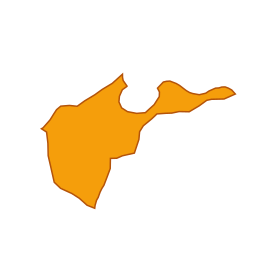 Ryonggang, P'yŏngan-namdo, North Korea (Robinson projection), rotated 302°
{"feature_id": "82179303B96536489392823", "entity_name": "Ryonggang", "entity_type": "district", "adm_level": 2, "iso_a3": "PRK", "parent_name": "North Korea", "parent_adm1": "P'yŏngan-namdo", "projection": "robinson", "projection_center": [125.476, 38.813], "detail": "fine", "context": "isolated", "style": "filled", "palette": "amber", "viewbox_px": 256, "rotation_deg": 302, "n_neighbors": 0, "source": "geoboundaries", "source_scale": "gbopen_adm2", "svg_char_len": 1148}
<svg xmlns="http://www.w3.org/2000/svg" viewBox="0 0 256 256"><g transform="rotate(302 128 128)"><path d="M206.6,180.0L202.3,177.1L198.7,175.5L194.0,170.8L191.5,164.6L190.7,161.4L190.6,157.6L191.4,149.2L191.3,145.4L190.0,138.7L188.0,135.9L185.7,133.6L177.4,131.9L175.2,135.6L171.2,137.9L161.6,137.8L155.3,136.0L150.2,134.6L145.0,127.6L141.6,118.9L141.7,111.9L145.3,106.5L150.4,103.9L157.4,102.9L162.6,105.0L163.0,105.0L165.7,98.7L168.1,96.5L170.7,94.8L157.5,91.0L147.1,85.7L138.5,82.2L128.1,76.9L119.5,73.4L116.1,66.4L110.9,59.4L105.7,57.7L100.5,57.6L93.6,57.6L83.2,55.9L81.5,55.0L81.4,61.1L72.7,68.1L62.2,75.0L55.2,82.0L42.9,94.2L41.1,102.9L42.7,115.1L42.6,123.9L40.8,134.3L42.3,142.3L44.9,141.1L50.1,139.6L53.3,139.5L58.8,138.3L62.7,137.9L66.8,137.9L75.5,136.2L84.2,134.4L92.9,129.2L96.4,134.5L101.5,138.0L110.1,146.7L117.1,145.0L124.1,143.3L131.0,139.8L138.0,139.8L148.4,143.3L155.3,145.1L160.4,152.1L163.9,157.3L169.0,162.6L174.2,171.3L184.5,176.6L193.2,180.1L196.6,183.6L203.5,194.1L213.7,201.0L215.2,195.8L215.0,192.0L214.3,188.6L212.5,185.9L210.1,183.8L208.2,181.1L206.6,180.0Z" fill="#f59e0b" stroke="#b45309" stroke-width="1.5"/></g></svg>